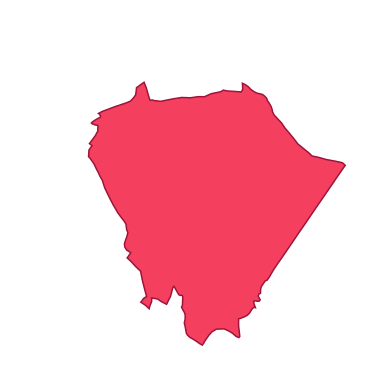 Baquba, Diyala, Iraq, rotated 305°
{"feature_id": "34846034B22760566253423", "entity_name": "Baquba", "entity_type": "district", "adm_level": 2, "iso_a3": "IRQ", "parent_name": "Iraq", "parent_adm1": "Diyala", "projection": "natural_earth1", "projection_center": [44.628, 33.645], "detail": "fine", "context": "isolated", "style": "filled", "palette": "rose", "viewbox_px": 384, "rotation_deg": 305, "n_neighbors": 0, "source": "geoboundaries", "source_scale": "gbopen_adm2", "svg_char_len": 2866}
<svg xmlns="http://www.w3.org/2000/svg" viewBox="0 0 384 384"><g transform="rotate(305 192 192)"><path d="M98.1,296.6L98.4,297.3L98.5,298.1L98.8,299.4L99.3,302.5L99.4,304.2L99.5,306.5L99.0,310.8L99.6,313.9L101.1,314.0L102.0,313.2L104.3,311.2L107.3,308.5L108.2,307.7L109.0,307.0L110.6,305.9L111.9,304.9L113.4,304.0L114.9,302.9L116.3,304.2L117.7,305.1L119.6,306.4L123.0,308.1L126.0,308.6L129.0,308.4L131.3,308.4L133.1,308.9L133.6,310.3L134.1,309.6L136.2,306.7L137.9,305.2L139.4,306.5L139.9,308.1L140.6,308.9L141.2,309.7L142.7,309.7L143.2,308.9L144.0,307.3L144.6,306.0L146.7,305.3L148.3,306.2L152.1,303.8L154.1,303.1L156.3,303.0L160.7,303.0L161.3,303.0L163.0,304.1L167.0,304.1L170.3,303.8L175.9,303.4L181.6,303.3L190.2,303.3L199.8,303.2L207.5,303.1L214.7,303.0L221.5,302.9L227.8,302.9L243.8,302.7L253.7,302.6L266.0,302.5L279.3,302.4L284.9,302.3L301.8,302.2L302.2,298.3L300.0,293.0L295.4,282.8L293.4,276.9L290.4,269.7L291.1,265.1L291.4,260.4L292.1,251.1L293.9,245.5L296.2,237.4L297.7,231.5L299.9,225.9L302.2,215.0L304.0,211.9L305.5,210.4L307.5,207.6L309.0,204.5L310.0,201.7L311.8,198.9L312.3,195.5L312.3,193.6L310.3,188.6L309.8,185.8L309.8,181.5L310.5,177.7L310.5,174.0L310.1,171.5L310.0,170.9L308.0,172.5L305.2,174.6L303.2,174.9L302.2,174.9L300.2,171.5L295.1,163.1L293.3,159.1L290.8,158.2L283.5,151.3L277.2,147.6L273.6,142.3L268.3,136.7L263.5,129.3L257.2,122.8L248.4,114.4L245.1,108.5L244.9,107.5L244.8,106.9L243.1,105.0L245.1,102.2L251.1,94.8L254.4,89.8L251.9,88.9L245.6,86.7L242.8,88.3L239.3,90.1L236.0,90.1L235.0,90.0L231.2,89.5L227.7,87.3L218.1,80.2L206.7,72.4L202.7,70.3L202.7,71.8L202.1,72.8L201.5,73.9L200.6,73.9L197.8,72.5L194.7,71.1L192.1,70.2L190.8,70.0L190.6,71.1L191.3,73.9L192.5,76.7L191.7,77.4L189.6,78.6L187.9,80.0L186.2,80.0L182.8,80.5L172.8,80.2L172.6,83.5L170.5,83.5L167.3,83.5L163.9,85.6L161.6,87.0L161.2,89.1L159.9,92.6L158.8,95.6L155.9,100.7L153.9,104.7L152.3,107.2L150.1,111.9L145.4,118.0L145.0,118.7L140.2,127.3L136.4,134.5L132.3,143.4L130.6,148.5L129.1,153.4L127.9,156.2L123.6,160.1L122.0,162.7L118.5,164.1L114.1,165.3L110.7,166.4L108.4,168.5L106.9,171.8L107.1,173.9L107.1,176.7L106.1,176.7L100.8,176.7L100.1,182.0L98.7,188.3L97.6,195.3L91.4,201.8L85.3,208.8L80.4,214.7L77.1,213.4L74.3,213.4L72.4,213.2L72.4,214.8L72.5,217.7L72.5,219.1L71.8,223.9L74.3,222.9L76.5,222.4L78.8,221.9L80.5,220.9L82.1,219.8L84.7,225.4L84.6,227.9L84.7,230.4L85.4,235.6L87.3,235.3L89.8,234.9L94.1,234.3L102.9,231.1L104.4,231.4L100.3,240.0L100.5,241.6L101.6,243.1L101.2,244.3L98.9,245.8L95.5,248.0L93.6,249.2L91.7,249.4L90.8,251.1L90.4,251.7L89.3,254.2L88.9,254.9L87.5,256.8L86.1,257.8L83.7,259.4L80.3,260.8L77.9,263.5L72.9,268.6L72.5,269.7L72.1,270.5L71.7,273.9L72.0,276.5L72.2,280.1L72.2,282.7L72.2,285.7L72.5,288.3L75.4,288.3L77.3,288.0L81.3,288.0L84.5,288.0L89.1,288.6L89.9,289.0L93.6,290.6L98.1,296.6Z" fill="#f43f5e" stroke="#9f1239" stroke-width="1.5"/></g></svg>